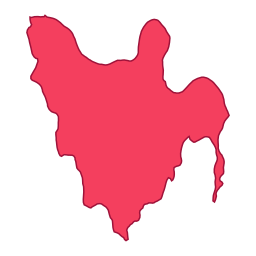 outline of Bujaru, Pará, Brazil
{"feature_id": "56859067B12305552092310", "entity_name": "Bujaru", "entity_type": "district", "adm_level": 2, "iso_a3": "BRA", "parent_name": "Brazil", "parent_adm1": "Pará", "projection": "equal_earth", "projection_center": [-48.062, -1.65], "detail": "fine", "context": "isolated", "style": "filled", "palette": "rose", "viewbox_px": 256, "rotation_deg": 0, "n_neighbors": 0, "source": "geoboundaries", "source_scale": "gbopen_adm2", "svg_char_len": 4483}
<svg xmlns="http://www.w3.org/2000/svg" viewBox="0 0 256 256"><path d="M128.1,239.3L127.8,237.3L127.6,235.2L127.4,232.7L126.7,230.0L127.8,227.5L129.4,226.0L130.3,224.7L132.1,223.6L133.6,221.8L134.8,221.1L136.8,221.1L138.5,220.3L139.8,217.6L140.0,215.1L139.6,212.9L139.9,210.8L141.4,209.1L142.8,208.0L143.3,206.1L144.4,204.4L146.1,204.0L147.5,203.7L148.7,202.9L150.9,202.9L152.5,203.1L154.0,202.8L155.4,201.8L157.0,201.2L159.5,199.7L161.0,198.8L161.9,196.7L163.1,192.6L164.1,189.9L164.9,187.2L166.0,182.7L166.9,180.0L168.4,177.7L170.3,178.5L171.6,180.8L172.8,179.9L173.6,178.1L174.1,176.3L174.3,174.1L174.2,171.7L173.8,169.8L174.1,167.5L176.4,166.3L178.5,165.8L180.0,165.1L181.3,162.8L181.6,160.9L181.3,158.9L180.7,156.6L180.6,153.5L181.0,150.6L181.5,148.0L182.2,145.5L182.9,143.4L183.6,142.0L184.7,140.5L186.4,138.8L187.8,137.4L189.1,136.4L190.1,139.4L192.0,141.0L193.5,142.1L194.9,142.1L196.9,141.0L199.0,140.0L200.5,139.1L201.8,138.4L204.7,136.8L206.4,136.7L207.9,136.9L209.4,137.4L210.7,139.2L212.2,142.0L214.2,145.0L215.4,147.4L216.1,149.5L216.1,152.5L216.5,154.6L217.3,157.1L217.3,159.5L216.7,161.4L215.8,163.4L214.9,165.9L214.3,169.1L214.3,172.6L215.1,175.0L215.6,178.1L215.1,181.9L215.3,184.7L215.6,187.0L215.2,189.5L213.9,193.6L213.4,195.3L213.2,197.2L213.0,200.9L214.5,202.0L215.5,199.7L216.4,196.1L216.0,193.7L216.5,191.9L217.5,190.1L218.8,188.6L219.7,187.2L220.8,186.3L222.2,185.0L222.8,183.4L221.6,181.7L220.3,181.1L219.6,179.3L220.0,177.6L221.0,176.0L223.4,173.6L223.7,171.7L223.4,167.5L224.1,163.0L224.1,161.2L223.6,159.0L222.8,157.3L221.8,155.0L220.5,153.7L219.1,151.3L218.2,148.3L218.3,145.5L218.1,142.6L218.0,139.5L218.5,135.6L220.3,131.6L221.7,129.7L222.5,128.1L223.0,126.1L223.6,123.6L224.8,121.0L226.3,119.0L228.1,116.9L229.1,115.4L228.3,113.4L227.5,111.2L226.7,109.7L225.9,107.6L225.0,105.7L224.3,103.3L223.8,99.4L222.5,94.9L221.7,93.3L218.4,88.4L213.6,82.7L212.2,81.4L208.1,78.6L206.5,77.9L203.6,77.2L201.8,77.2L197.8,78.4L196.1,79.2L193.1,80.8L191.9,82.0L189.5,84.3L187.0,87.1L185.8,88.4L184.0,90.3L182.5,91.7L179.1,93.0L176.7,93.1L175.3,92.8L173.6,92.6L170.7,90.5L169.5,89.3L168.1,88.4L166.9,87.1L166.1,85.4L165.3,81.6L163.8,80.5L163.0,79.0L162.9,76.8L163.1,74.7L163.3,70.3L162.7,65.8L162.6,63.8L162.6,61.9L162.4,60.1L163.0,58.1L164.4,55.2L166.2,52.2L167.3,50.7L168.7,46.8L169.5,42.4L169.7,40.2L169.9,38.1L169.6,36.3L166.6,31.7L165.1,28.6L163.8,27.0L162.6,25.7L161.5,24.5L160.5,23.1L159.5,21.9L158.1,20.5L156.8,19.9L154.2,19.4L152.2,19.8L150.5,20.5L147.6,22.2L146.1,23.8L143.6,27.2L142.3,29.6L141.4,31.4L140.8,33.6L140.0,36.4L139.5,39.1L138.4,47.0L138.3,50.0L138.3,52.8L137.6,55.0L136.5,56.7L135.1,58.5L133.9,59.5L132.5,60.4L131.1,61.0L129.2,61.0L127.9,60.6L124.2,60.0L122.7,60.1L120.7,60.4L117.6,60.3L115.3,61.3L113.8,62.0L109.8,64.0L107.3,64.8L105.3,65.0L103.5,64.7L101.6,64.3L100.0,64.3L98.6,64.0L96.7,63.3L92.6,61.6L91.2,60.8L90.1,60.0L88.8,59.4L86.2,57.3L84.8,56.5L83.1,55.2L81.7,54.2L80.3,51.9L79.1,50.0L78.2,48.1L77.0,45.2L76.0,42.5L75.5,40.8L74.9,38.9L73.6,36.3L72.8,34.2L71.8,32.5L70.5,30.9L69.0,29.4L67.3,28.1L64.2,26.3L62.0,24.3L60.4,22.7L57.5,20.5L55.9,19.5L54.3,18.8L52.9,18.3L51.6,18.0L50.3,17.7L47.1,17.1L45.0,15.4L44.1,16.7L42.3,16.7L40.8,16.9L37.9,16.6L34.6,16.7L31.4,17.5L30.0,17.1L30.1,19.8L30.6,22.3L31.6,24.7L30.4,26.9L29.0,27.5L27.4,30.0L26.9,32.6L27.5,34.5L29.1,39.6L29.6,42.4L30.9,47.5L32.2,53.6L33.1,55.3L34.2,57.0L35.8,58.3L37.5,58.7L38.0,61.3L35.7,67.8L33.3,71.9L30.9,76.2L30.9,78.7L32.2,80.2L34.3,81.1L36.7,82.3L38.7,83.7L39.9,84.8L41.3,86.6L42.3,89.5L42.6,91.5L43.8,94.1L44.9,96.2L45.6,97.9L47.5,104.0L47.6,106.0L48.5,108.0L49.3,109.5L51.5,111.6L53.4,112.4L55.9,113.2L57.3,114.5L58.4,116.6L58.5,120.3L58.3,122.5L58.3,125.8L58.1,128.7L57.2,130.4L55.9,132.4L55.9,134.8L56.2,137.8L56.2,140.1L56.5,141.9L56.7,143.9L57.1,147.3L57.6,149.5L58.4,151.6L58.9,153.4L60.1,155.6L61.5,156.3L64.0,154.7L66.1,154.8L68.1,155.1L72.2,155.2L73.8,156.0L75.0,157.8L75.1,159.6L75.8,161.5L76.5,165.9L76.9,168.0L78.0,169.5L79.1,170.5L80.4,172.0L82.4,177.7L82.6,179.7L82.8,183.7L83.6,186.6L83.7,188.6L83.8,191.7L83.7,193.5L83.3,199.4L83.4,202.3L84.2,204.8L86.3,205.8L87.9,206.7L89.3,207.5L90.9,207.9L92.2,206.8L95.7,204.9L97.2,203.9L99.7,203.6L101.5,203.9L103.4,205.3L105.9,206.9L107.2,208.4L108.3,210.2L109.5,214.9L110.4,217.7L111.6,219.1L112.4,220.5L112.6,222.6L113.0,227.6L113.5,229.8L114.2,231.8L117.4,232.9L119.3,234.0L120.4,235.2L122.2,236.7L123.7,237.6L124.6,239.5L126.0,240.6L128.1,239.3Z" fill="#f43f5e" stroke="#9f1239" stroke-width="1.5"/></svg>